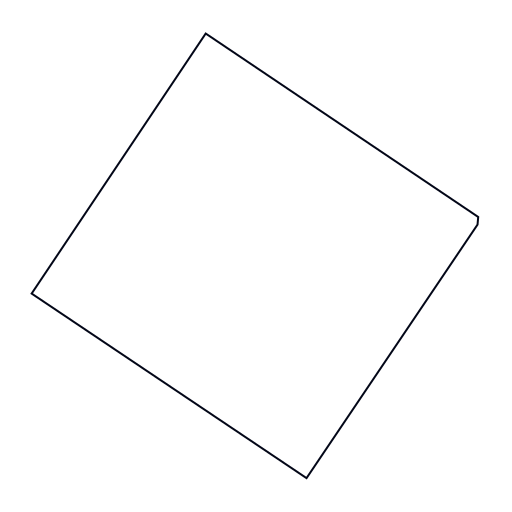 the district of Wheeler, Nebraska, United States of America, rotated 34°
{"feature_id": "52423323B94161938394802", "entity_name": "Wheeler", "entity_type": "district", "adm_level": 2, "iso_a3": "USA", "parent_name": "United States of America", "parent_adm1": "Nebraska", "projection": "natural_earth1", "projection_center": [-98.469, 41.915], "detail": "fine", "context": "isolated", "style": "outline", "palette": "ink", "viewbox_px": 512, "rotation_deg": 34, "n_neighbors": 0, "source": "geoboundaries", "source_scale": "gbopen_adm2", "svg_char_len": 256}
<svg xmlns="http://www.w3.org/2000/svg" viewBox="0 0 512 512"><g transform="rotate(34 256 256)"><path d="M422.1,255.7L422.1,106.1L418.4,99.4L89.9,99.7L91.0,412.6L95.9,412.6L422.1,411.9L422.1,255.7Z" fill="none" stroke="#020617" stroke-width="2"/></g></svg>